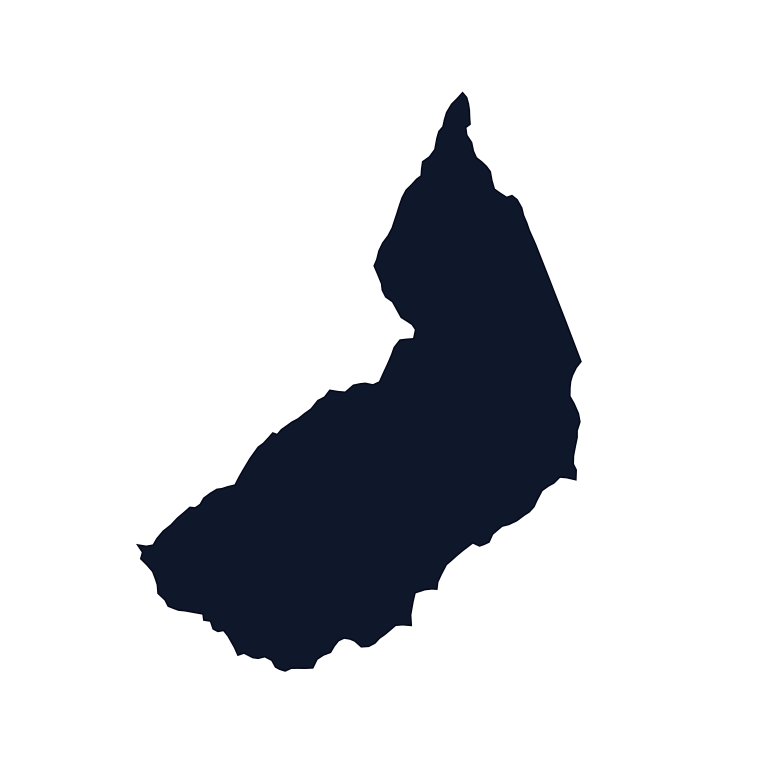 outline of Parapuã, São Paulo, Brazil, rotated 12°
{"feature_id": "56859067B12520903769372", "entity_name": "Parapuã", "entity_type": "district", "adm_level": 2, "iso_a3": "BRA", "parent_name": "Brazil", "parent_adm1": "São Paulo", "projection": "equal_earth", "projection_center": [-50.833, -21.829], "detail": "fine", "context": "isolated", "style": "filled", "palette": "ink", "viewbox_px": 768, "rotation_deg": 12, "n_neighbors": 0, "source": "geoboundaries", "source_scale": "gbopen_adm2", "svg_char_len": 2672}
<svg xmlns="http://www.w3.org/2000/svg" viewBox="0 0 768 768"><g transform="rotate(12 384 384)"><path d="M542.3,490.1L548.5,483.0L552.6,479.0L556.2,472.9L557.6,466.5L560.7,455.4L566.3,449.3L570.7,445.6L575.3,438.5L582.2,437.6L591.6,437.8L589.9,428.1L585.8,423.0L584.3,415.0L584.1,407.1L584.0,396.0L582.6,389.6L583.5,380.3L580.3,372.5L574.0,363.7L568.3,357.3L566.7,349.1L566.0,342.7L566.5,336.4L568.6,328.0L572.0,321.1L547.4,283.0L530.8,257.8L526.2,250.7L503.1,215.8L494.1,203.4L490.1,196.7L485.5,190.2L482.1,183.1L475.8,176.0L470.0,173.1L465.2,176.0L457.6,173.1L451.4,170.4L447.1,162.3L443.8,154.2L439.0,149.9L433.8,146.7L427.2,143.4L423.0,137.6L419.5,129.6L413.2,123.4L410.6,116.1L414.2,112.0L412.3,105.5L410.6,98.6L408.3,92.4L405.3,86.6L400.3,82.7L396.2,89.8L392.0,96.2L388.8,105.5L388.2,113.3L388.2,120.1L385.2,125.5L384.7,132.5L385.0,144.1L381.2,152.5L375.6,158.5L376.1,165.6L377.1,172.7L373.4,176.8L369.7,183.2L365.4,189.7L363.0,198.1L362.0,206.5L361.2,214.9L360.3,222.9L359.6,229.6L357.2,238.2L353.5,246.2L351.4,254.8L351.1,263.8L349.8,270.5L355.1,278.0L360.8,286.4L362.8,292.5L367.6,298.5L375.2,301.7L381.2,308.6L387.0,315.3L392.8,317.4L399.0,319.8L403.6,324.2L403.6,333.6L396.7,335.6L390.5,337.7L386.4,346.1L385.4,353.9L383.4,364.0L381.2,373.4L379.2,382.9L373.4,387.2L365.7,387.2L360.9,388.7L354.3,391.6L347.9,400.1L341.0,401.0L332.3,401.4L328.6,409.2L322.8,413.9L317.9,423.6L312.6,429.4L307.3,435.9L301.8,440.5L297.5,445.3L293.2,449.9L290.1,455.7L285.4,455.0L282.4,460.4L278.4,467.1L274.1,471.9L271.6,477.6L268.5,484.7L264.1,497.5L261.5,505.6L259.3,513.8L252.4,517.1L247.2,520.1L242.4,521.8L236.7,527.2L231.4,533.2L229.3,540.0L225.1,544.4L219.8,545.0L215.3,551.1L210.0,557.9L204.9,566.3L198.7,573.7L194.0,582.5L191.7,589.6L185.2,592.2L176.4,592.6L182.8,598.8L182.4,605.5L189.7,610.2L196.7,615.5L200.9,622.0L204.0,627.4L206.5,635.8L214.8,640.8L219.1,646.2L225.0,647.2L230.1,647.9L236.2,647.2L248.4,646.8L254.8,646.6L256.8,652.4L263.6,652.0L267.8,659.1L272.9,660.6L278.4,658.4L283.9,663.0L292.4,672.6L297.5,679.6L303.0,676.3L312.6,678.9L317.9,678.5L324.1,675.5L331.7,677.6L336.7,683.4L341.2,684.7L347.0,685.3L352.3,681.3L358.5,679.9L365.7,678.5L373.4,676.5L375.7,667.2L381.1,661.7L387.5,657.6L389.8,650.7L392.8,644.6L397.8,640.8L403.8,640.5L408.9,641.5L416.4,645.8L423.6,643.8L429.1,639.2L432.3,633.7L436.7,629.0L440.3,624.4L445.5,617.6L452.3,615.6L460.9,614.5L458.1,604.4L457.6,591.0L457.8,581.8L466.6,576.7L473.2,574.5L478.4,573.7L477.7,566.6L479.5,558.6L482.5,547.8L487.2,541.6L491.0,536.4L495.8,530.3L503.9,520.9L511.1,522.6L515.2,520.1L519.6,516.8L521.4,508.4L529.0,498.5L535.2,495.5L542.3,490.1Z" fill="#0f172a" stroke="#020617" stroke-width="1.5"/></g></svg>